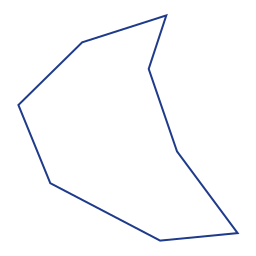 outline of Mauren
{"feature_id": "LIE-4900", "entity_name": "Mauren", "entity_type": "state/province", "adm_level": 1, "iso_a3": "LIE", "parent_name": "Liechtenstein", "parent_adm1": "", "projection": "mercator", "projection_center": [9.538, 47.223], "detail": "fine", "context": "isolated", "style": "outline", "palette": "blue", "viewbox_px": 256, "rotation_deg": 0, "n_neighbors": 0, "source": "natural_earth", "source_scale": "10m", "svg_char_len": 228}
<svg xmlns="http://www.w3.org/2000/svg" viewBox="0 0 256 256"><path d="M166.3,15.4L148.7,68.9L177.0,151.4L237.6,233.1L160.1,240.6L50.3,183.2L18.4,105.0L82.2,42.3L166.3,15.4Z" fill="none" stroke="#1e3a8a" stroke-width="2"/></svg>